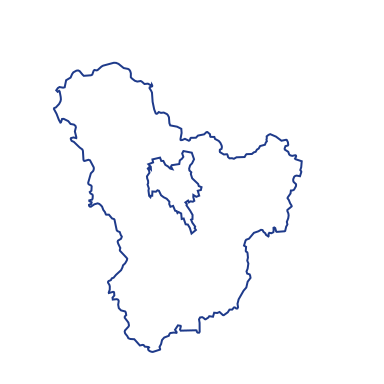 SVG path tracing the border of Kiev, rotated 346°
{"feature_id": "UKR-321", "entity_name": "Kiev", "entity_type": "Region", "adm_level": 1, "iso_a3": "UKR", "parent_name": "Ukraine", "parent_adm1": "", "projection": "albers", "projection_center": [30.544, 50.332], "detail": "fine", "context": "isolated", "style": "outline", "palette": "blue", "viewbox_px": 384, "rotation_deg": 346, "n_neighbors": 0, "source": "natural_earth", "source_scale": "10m", "svg_char_len": 5990}
<svg xmlns="http://www.w3.org/2000/svg" viewBox="0 0 384 384"><g transform="rotate(346 192 192)"><path d="M109.2,46.3L110.9,46.5L112.2,47.5L114.2,51.7L115.1,53.1L122.2,54.3L123.6,54.0L125.8,50.7L126.8,50.0L128.8,50.9L129.8,50.9L134.5,48.4L136.3,47.9L147.3,47.7L149.5,48.3L151.7,49.9L155.7,55.2L159.7,57.1L160.7,58.1L161.3,59.8L161.4,62.0L160.4,65.8L161.0,67.1L163.4,70.2L165.6,71.6L169.1,71.9L170.2,73.0L172.0,75.7L175.4,76.2L177.2,77.8L177.8,79.0L178.7,78.8L179.0,78.1L179.2,79.0L178.9,79.8L176.3,80.1L175.9,80.9L176.9,84.1L177.2,85.9L175.6,95.0L175.3,102.7L175.8,106.9L176.4,107.5L177.3,107.5L179.1,106.4L181.0,107.7L183.8,108.1L186.5,110.3L187.2,111.6L187.7,113.9L186.7,119.8L187.0,122.1L193.3,125.0L196.9,128.1L196.2,132.2L193.7,137.7L193.5,138.6L193.8,139.0L195.1,139.2L198.0,138.7L201.4,141.5L202.5,141.1L203.5,139.5L204.2,139.2L208.9,140.3L211.5,138.7L217.7,139.0L220.5,137.4L221.5,137.6L223.4,140.3L223.1,142.6L223.4,143.0L227.0,144.0L227.2,146.1L230.3,148.9L231.4,151.1L232.0,154.1L231.9,155.6L231.1,157.3L229.3,157.7L228.8,159.1L228.8,160.1L232.0,163.3L235.1,163.8L235.5,165.0L235.4,166.7L236.5,168.4L239.0,168.9L240.7,169.9L243.6,169.1L251.5,170.8L253.4,168.8L254.2,168.5L259.3,169.6L261.5,168.5L263.5,168.4L265.2,166.6L267.2,166.0L269.2,163.9L274.2,163.8L275.7,161.7L276.9,160.9L276.9,159.2L277.6,157.9L277.9,156.1L280.1,155.1L281.9,154.8L286.9,158.6L291.2,163.9L296.0,164.1L296.5,164.4L297.1,166.9L296.8,169.5L296.2,170.1L293.8,170.1L292.4,172.2L292.3,173.3L295.1,176.3L295.4,179.1L296.2,180.2L298.0,181.2L301.1,181.3L301.7,181.8L301.6,182.8L300.0,184.6L300.5,185.3L305.9,188.7L304.0,194.3L302.4,196.9L303.0,198.5L302.8,199.2L300.6,202.8L297.5,201.4L296.1,201.4L294.9,201.9L293.3,204.1L292.9,205.8L293.1,206.9L294.8,209.5L294.7,210.4L294.2,211.6L291.6,214.4L290.1,214.8L288.3,214.5L287.2,217.3L283.5,220.5L283.2,221.2L284.0,223.2L284.5,226.8L285.3,229.2L285.2,230.1L280.3,232.4L279.9,233.4L280.3,236.1L280.1,238.1L279.0,240.8L276.8,243.9L276.7,246.6L275.0,248.4L273.0,252.3L272.3,252.5L264.6,251.2L264.1,250.6L264.0,247.1L263.2,246.3L262.4,246.5L261.8,249.4L261.2,250.7L259.1,251.2L257.1,250.3L256.2,251.2L255.7,253.3L255.3,253.6L253.4,251.4L253.1,249.7L251.8,248.1L251.2,246.0L249.8,245.4L246.9,246.2L242.2,246.6L236.0,251.1L233.1,251.4L232.2,252.1L229.5,256.6L231.2,258.3L229.9,262.2L230.1,263.0L231.0,263.8L231.1,264.7L230.4,269.2L229.0,272.0L229.4,275.0L227.4,279.9L225.7,282.2L225.8,284.5L228.0,285.9L228.2,287.2L228.0,289.5L224.3,292.5L221.6,297.8L218.2,300.2L211.3,307.4L209.1,311.5L208.8,314.9L207.9,316.0L206.8,315.8L205.6,314.3L204.7,314.2L202.6,315.8L199.9,315.2L197.6,317.4L193.0,319.2L192.2,318.9L189.7,315.1L187.2,315.5L184.3,314.5L182.2,318.1L178.7,316.7L177.4,317.8L174.4,318.8L173.7,318.5L172.8,317.0L171.6,315.9L169.5,315.7L168.0,317.3L167.7,320.8L165.6,329.5L164.9,330.2L163.4,329.8L162.9,328.8L162.9,327.4L162.3,327.1L147.5,323.8L147.1,322.6L148.6,319.8L148.6,319.1L146.1,318.0L142.2,321.6L143.2,324.3L142.8,324.9L140.4,324.0L136.8,323.6L135.6,324.5L134.7,325.9L129.8,326.5L127.1,328.4L125.2,332.1L123.0,334.5L123.1,336.8L122.8,337.2L115.3,337.7L114.0,337.2L112.3,336.0L111.4,334.6L111.5,333.3L112.7,332.4L112.3,331.9L108.8,330.6L108.0,328.8L107.1,328.4L104.3,328.3L100.4,320.9L96.6,319.7L94.9,318.5L94.4,316.3L92.9,313.0L92.9,311.2L93.5,310.1L97.9,307.2L98.6,306.1L98.7,303.3L96.3,297.7L96.7,296.5L98.4,295.5L98.6,292.7L98.2,291.7L94.5,289.7L92.9,287.0L93.1,283.5L94.4,280.4L94.5,279.5L94.2,278.6L93.1,277.8L89.1,277.2L89.3,275.3L91.6,273.6L92.1,270.7L92.0,270.2L91.3,269.8L86.9,269.9L86.9,269.4L88.6,266.8L89.4,263.7L89.4,262.2L88.6,259.6L88.9,258.7L89.6,258.2L91.9,257.9L93.3,256.4L95.2,256.2L98.2,254.0L104.3,250.7L106.3,248.3L107.3,246.5L109.9,245.0L112.2,242.6L113.0,241.1L112.7,240.2L107.9,231.6L107.9,230.8L108.9,229.0L107.9,224.3L107.8,222.3L108.4,221.3L111.8,220.2L113.1,218.4L113.0,217.9L112.5,216.6L112.2,213.4L110.2,211.9L109.7,210.8L110.1,200.1L109.8,199.4L108.0,198.3L105.9,193.9L103.2,193.2L102.9,192.5L102.7,190.5L101.6,187.9L101.2,184.4L100.1,182.4L99.1,181.1L97.7,180.2L94.3,180.3L90.3,181.8L89.3,181.4L88.8,180.4L89.0,179.5L91.2,179.2L92.1,178.0L92.1,177.6L90.2,176.1L90.3,175.3L93.3,175.2L94.0,174.2L94.8,171.7L94.8,170.4L93.1,168.8L92.8,167.3L94.7,166.4L96.0,162.3L95.8,161.4L93.7,159.6L93.4,158.9L93.5,157.9L98.4,149.4L101.2,147.7L101.9,146.7L102.4,145.6L102.6,144.3L100.7,136.6L99.3,135.7L95.3,135.9L94.6,135.4L94.5,134.4L96.1,125.7L95.9,124.2L93.8,121.7L89.5,114.8L87.6,113.3L87.2,111.6L87.3,110.8L87.7,110.4L90.2,110.4L92.7,111.7L93.0,110.9L93.0,104.9L95.0,101.1L94.9,99.6L93.7,98.0L90.6,96.6L89.1,93.3L85.2,90.0L83.6,89.7L81.7,92.7L81.1,92.8L80.3,89.9L79.5,83.4L78.1,78.0L78.6,77.2L80.4,77.0L84.4,74.4L86.4,72.1L87.2,70.4L87.6,68.0L87.9,62.4L87.5,61.7L85.9,62.3L84.9,60.5L87.0,58.7L88.8,58.1L92.2,59.6L93.8,59.6L96.9,53.1L101.9,51.6L104.2,48.6L105.8,47.2L109.2,46.3ZM195.0,197.7L198.1,197.3L197.9,192.2L201.1,192.2L202.4,189.6L200.0,187.9L199.9,185.7L195.5,178.8L195.2,174.2L196.1,172.7L194.7,170.5L194.9,168.6L196.6,165.7L199.0,164.2L201.9,160.7L201.3,153.8L193.6,150.2L191.8,152.2L192.1,155.8L190.3,157.3L187.8,158.4L186.4,161.8L178.8,161.1L177.8,162.2L178.5,165.1L176.5,164.0L174.9,161.4L172.7,159.2L171.7,154.9L169.7,154.4L169.3,150.9L161.5,150.8L161.4,153.9L156.4,154.5L158.1,157.5L157.6,160.1L156.2,157.7L154.8,158.6L155.5,160.6L155.4,163.0L152.1,165.9L151.8,168.0L152.1,170.5L151.6,172.8L150.7,174.0L151.0,178.1L150.1,180.1L149.5,185.4L150.4,187.0L151.2,185.7L152.5,186.0L153.7,181.9L157.1,183.0L158.9,182.0L160.2,182.8L161.2,187.7L163.3,190.3L165.8,192.4L167.7,195.9L167.0,198.2L167.5,201.1L170.3,200.9L171.1,206.1L172.5,206.8L172.8,208.9L174.1,208.2L176.3,210.2L175.5,215.7L177.5,215.7L178.0,221.8L180.1,222.6L181.2,226.4L181.5,232.2L186.6,229.8L185.8,227.7L186.7,226.4L184.9,221.9L184.4,218.6L185.9,218.4L187.0,214.4L185.7,209.7L183.4,203.6L184.1,202.5L183.1,200.5L186.1,199.4L186.5,201.3L188.2,200.7L190.5,201.6L192.1,201.1L192.0,197.3L192.6,195.2L195.0,197.7Z" fill="none" stroke="#1e3a8a" stroke-width="2"/></g></svg>